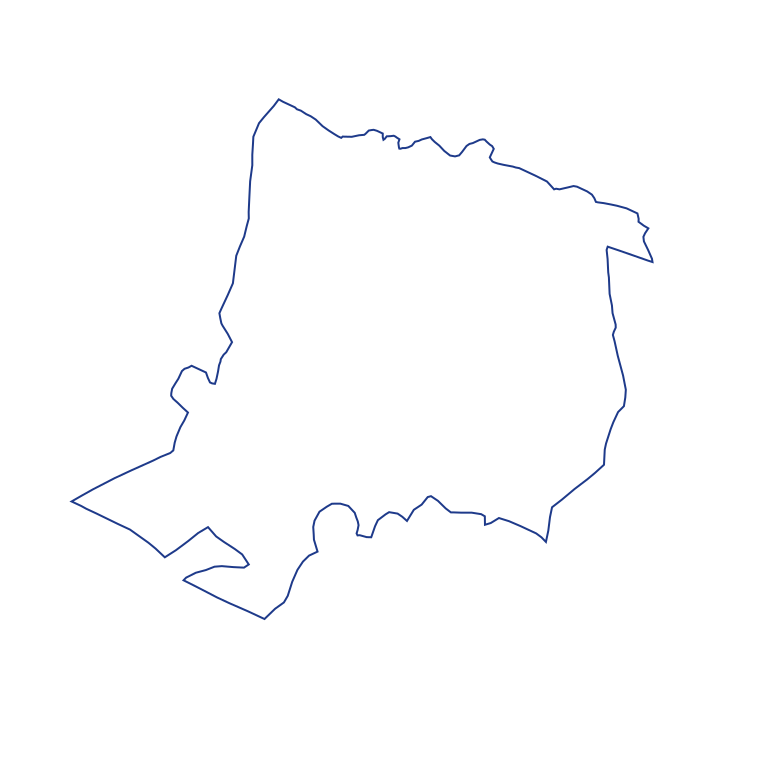 outline of Al-Rifai, Dhi-Qar, Iraq, rotated 25°
{"feature_id": "34846034B62362991729870", "entity_name": "Al-Rifai", "entity_type": "district", "adm_level": 2, "iso_a3": "IRQ", "parent_name": "Iraq", "parent_adm1": "Dhi-Qar", "projection": "robinson", "projection_center": [46.048, 31.665], "detail": "fine", "context": "isolated", "style": "outline", "palette": "blue", "viewbox_px": 768, "rotation_deg": 25, "n_neighbors": 0, "source": "geoboundaries", "source_scale": "gbopen_adm2", "svg_char_len": 3897}
<svg xmlns="http://www.w3.org/2000/svg" viewBox="0 0 768 768"><g transform="rotate(25 384 384)"><path d="M204.9,389.4L207.7,393.4L211.0,397.8L213.1,399.4L221.2,404.6L228.6,410.3L227.6,421.9L226.3,425.1L225.6,430.4L226.3,432.8L226.6,436.8L228.3,442.8L230.0,450.1L230.7,455.3L227.9,456.1L225.6,456.1L224.2,454.9L221.8,452.9L217.8,448.8L213.4,448.8L207.6,448.8L201.9,448.8L199.8,451.7L196.8,454.5L195.4,457.7L195.4,460.9L195.4,466.1L194.7,471.4L194.0,477.8L195.1,482.2L196.1,484.6L199.5,486.6L204.9,488.2L211.7,490.6L218.4,492.7L218.4,495.9L218.4,501.5L217.7,509.1L218.1,519.2L219.1,525.6L221.1,533.2L219.4,536.9L212.3,544.5L207.2,550.9L191.9,568.6L179.7,583.1L164.8,602.4L157.6,612.4L150.5,622.5L151.5,622.5L156.6,622.5L161.0,622.5L166.8,622.9L178.3,622.9L201.7,623.3L215.3,623.3L237.5,627.4L246.5,629.7L258.6,633.7L265.7,622.5L272.9,609.1L278.6,597.5L285.0,588.1L296.3,593.1L305.7,594.8L318.5,596.6L327.5,598.4L337.7,604.7L334.7,609.6L324.9,613.6L314.0,617.6L307.6,621.2L301.2,627.9L293.2,634.6L286.5,643.1L285.3,646.6L301.5,647.1L323.0,648.0L336.6,648.0L356.5,647.5L371.6,647.5L375.0,647.5L380.3,633.7L385.6,624.3L386.3,616.7L384.4,602.0L384.1,589.0L385.6,579.2L388.6,571.2L394.6,564.0L386.3,554.7L384.0,550.3L380.3,543.5L378.8,537.2L379.5,527.0L384.0,519.4L387.4,514.5L395.0,510.9L403.2,509.6L411.9,513.1L415.3,516.7L418.3,519.6L420.6,522.7L421.8,527.5L422.3,531.0L424.0,532.4L425.2,531.7L425.9,531.3L433.0,530.1L437.2,528.3L436.0,516.7L436.0,510.0L440.5,501.5L442.8,498.0L451.1,495.7L456.7,496.6L462.7,498.4L464.2,485.4L469.1,477.4L471.4,468.0L474.0,465.8L482.3,467.1L492.5,470.7L498.9,472.1L501.0,471.1L508.3,468.0L509.1,467.6L517.7,463.6L527.1,460.9L531.3,461.3L535.0,468.9L539.5,464.9L544.8,456.9L555.3,455.5L567.8,455.1L576.4,455.1L585.1,455.1L591.5,456.4L597.5,458.7L594.9,447.5L590.7,434.5L588.4,424.7L594.1,413.6L601.2,398.4L608.7,384.1L612.9,375.2L617.5,364.2L611.8,350.2L610.4,344.1L608.5,329.0L608.0,321.7L608.0,310.5L610.8,302.7L608.4,294.3L605.6,287.0L597.1,275.3L583.9,259.6L574.9,247.8L570.7,242.8L570.2,239.5L570.2,236.7L570.2,235.0L568.8,232.2L561.2,223.2L557.4,216.5L550.4,207.0L542.8,192.4L540.0,188.0L533.8,176.2L529.1,168.4L528.7,165.0L538.6,163.9L539.4,163.8L555.0,162.2L571.1,160.6L575.8,160.0L573.9,157.2L566.8,151.0L559.3,144.9L556.9,141.0L556.9,137.0L557.8,131.2L552.5,130.7L546.1,129.4L545.0,126.7L541.6,122.3L538.7,122.3L536.0,122.3L529.6,122.3L519.8,124.0L513.8,125.4L506.7,127.2L501.0,129.0L499.1,129.4L496.1,126.7L492.4,124.5L486.7,123.6L480.3,123.6L475.5,123.6L472.1,124.5L467.6,128.1L460.8,133.4L457.4,134.3L455.9,135.7L454.3,135.0L449.5,133.0L446.1,131.6L433.0,131.2L425.5,131.2L421.3,131.2L417.2,131.2L415.3,131.2L411.9,132.1L408.9,132.5L399.9,134.8L393.9,136.1L390.5,136.5L388.2,136.5L386.0,135.2L384.1,133.9L384.1,128.5L384.1,124.5L381.5,122.7L378.8,122.3L374.3,120.9L372.1,120.0L370.2,120.5L367.6,122.3L362.7,128.1L360.0,130.3L358.2,133.4L356.7,140.6L355.5,145.0L352.2,147.7L347.3,149.0L340.1,147.3L333.4,144.6L327.7,143.2L324.0,141.9L321.7,140.6L318.7,143.2L314.9,146.4L312.7,149.0L309.7,151.3L308.5,156.2L305.9,159.3L303.7,161.1L301.0,162.4L299.5,163.8L298.4,164.2L297.6,163.3L295.0,159.3L294.6,155.7L291.6,155.3L289.7,154.9L287.9,154.9L285.2,156.6L281.8,158.4L281.1,161.5L280.3,162.9L278.5,160.7L277.0,157.5L274.0,157.5L270.6,157.5L267.2,158.0L265.7,158.9L263.1,160.7L261.5,165.1L260.8,166.5L257.7,168.3L256.3,169.1L250.3,173.6L247.3,174.9L244.2,176.3L242.0,177.2L241.2,179.0L237.8,179.0L233.3,178.5L226.6,177.6L219.4,176.3L210.4,173.2L204.4,172.3L199.5,172.3L193.1,171.4L189.0,171.8L186.3,170.9L182.2,170.9L179.6,170.9L175.4,170.9L173.2,170.9L168.3,170.5L166.6,178.6L162.4,192.9L160.5,200.4L161.1,215.1L163.6,221.3L167.8,232.0L172.2,241.4L177.0,256.8L182.7,270.8L188.7,285.4L191.5,291.1L192.8,298.6L194.0,304.6L195.0,309.5L195.3,320.4L195.9,330.2L204.5,356.6L204.8,369.3L204.8,384.4L204.9,389.4Z" fill="none" stroke="#1e3a8a" stroke-width="2"/></g></svg>